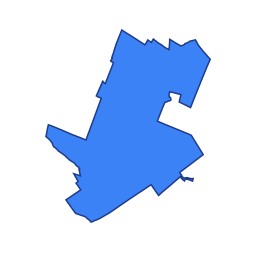 Lupsanu, Calarasi, Romania (Natural Earth projection), rotated 281°
{"feature_id": "2599482B13609226917732", "entity_name": "Lupsanu", "entity_type": "district", "adm_level": 2, "iso_a3": "ROU", "parent_name": "Romania", "parent_adm1": "Calarasi", "projection": "natural_earth1", "projection_center": [26.944, 44.379], "detail": "fine", "context": "isolated", "style": "filled", "palette": "blue", "viewbox_px": 256, "rotation_deg": 281, "n_neighbors": 0, "source": "geoboundaries", "source_scale": "gbopen_adm2", "svg_char_len": 3134}
<svg xmlns="http://www.w3.org/2000/svg" viewBox="0 0 256 256"><g transform="rotate(281 128 128)"><path d="M211.1,195.6L218.0,186.8L219.7,184.8L219.8,184.6L220.9,183.3L221.0,183.2L223.0,181.0L224.6,179.7L226.2,178.4L227.4,177.4L226.8,176.0L225.8,173.9L225.2,172.5L224.5,171.5L223.4,170.6L222.6,169.4L222.0,168.2L221.5,167.7L220.5,167.2L219.8,166.5L219.4,165.5L218.9,164.5L218.6,163.8L219.1,163.2L219.2,162.6L219.3,162.3L219.5,161.6L220.3,159.3L221.1,157.2L222.8,152.7L223.0,152.0L220.2,152.5L214.0,153.2L212.8,153.3L213.2,152.0L213.6,150.3L214.0,149.3L214.4,148.3L214.7,147.5L215.1,146.9L215.6,145.9L216.0,145.1L216.3,144.2L216.6,143.3L217.0,142.2L217.4,141.2L217.9,140.2L218.5,139.2L219.2,137.7L219.8,136.6L220.0,136.3L220.2,135.9L216.5,134.6L218.2,130.6L216.9,130.2L216.4,130.1L214.4,129.4L212.9,128.7L216.8,119.0L218.5,114.7L221.1,108.0L222.8,103.7L223.0,103.2L215.3,101.7L207.7,100.3L206.7,100.2L202.7,99.7L201.3,99.6L200.3,99.5L198.3,99.3L197.2,99.1L196.8,99.0L195.6,98.9L194.0,98.7L193.7,99.3L190.6,98.1L189.0,101.2L182.9,100.1L177.1,99.0L167.4,97.3L167.2,97.2L167.3,96.6L167.5,96.3L169.1,94.3L153.5,90.8L153.4,91.3L153.0,91.8L152.1,96.1L127.1,92.1L114.3,90.0L108.2,89.0L108.5,87.8L108.6,87.0L109.7,81.4L109.9,79.9L110.2,78.6L110.3,77.8L110.4,77.3L110.7,75.5L111.0,74.2L111.3,72.5L111.9,69.9L112.3,67.9L112.7,66.4L112.7,66.2L112.7,65.8L112.8,65.6L113.4,63.2L113.6,61.9L114.9,55.7L115.0,54.9L115.1,54.2L115.5,52.3L115.7,51.0L116.0,49.2L112.2,49.1L108.3,49.1L103.9,49.1L103.5,49.8L103.3,50.2L103.1,50.5L102.5,51.7L101.3,53.5L100.2,54.9L98.6,56.5L97.1,57.4L95.7,58.4L94.9,59.6L94.8,60.1L94.4,60.9L93.4,62.5L92.1,64.1L91.8,64.9L90.5,67.9L88.8,71.4L86.4,75.2L85.8,76.1L85.4,76.8L84.5,78.9L83.9,80.8L83.4,81.7L82.9,82.6L82.3,83.3L81.9,83.7L81.7,84.0L81.4,84.1L80.0,87.0L79.8,87.1L79.2,87.7L78.9,88.2L78.4,88.5L78.0,88.5L77.8,88.3L77.8,87.9L72.0,90.4L72.8,83.5L65.9,89.3L64.0,87.5L58.3,93.4L45.6,80.8L39.1,87.6L34.2,92.8L33.8,95.5L32.8,102.9L30.1,107.5L30.1,107.8L29.7,108.3L29.4,108.8L29.0,109.2L28.8,109.4L28.6,109.5L28.7,109.9L29.1,110.5L29.6,111.5L29.9,111.9L31.1,113.4L31.5,114.3L32.2,115.3L33.0,116.4L33.7,117.4L34.3,118.1L36.1,120.2L36.9,121.1L37.3,121.5L37.6,121.9L38.3,122.6L39.3,123.9L40.0,124.6L40.6,125.3L40.7,125.5L40.9,125.6L41.1,125.9L42.0,126.8L44.4,129.2L50.0,134.6L59.5,144.0L66.5,151.1L71.6,156.3L76.8,161.5L67.6,170.9L68.5,171.6L70.2,172.8L71.9,174.1L73.4,175.3L77.2,178.4L79.8,180.5L86.5,185.7L90.4,188.8L89.7,189.3L89.0,189.8L88.6,190.2L88.3,190.6L86.8,193.5L87.7,193.6L88.5,194.2L88.8,194.7L89.0,195.5L88.8,197.9L88.6,199.1L88.2,201.5L90.9,201.6L90.5,200.4L90.4,199.4L90.3,198.3L90.6,195.6L89.9,193.4L89.4,192.2L91.2,190.0L92.0,189.5L92.8,188.6L93.8,187.6L94.2,187.2L95.0,187.9L98.1,190.7L116.2,206.9L132.6,191.8L133.0,191.3L133.2,190.7L135.2,180.8L137.7,168.2L140.3,155.5L152.5,157.7L159.3,159.1L160.4,159.5L160.9,160.9L161.6,161.7L161.8,162.1L163.3,164.7L164.3,164.6L165.0,164.4L165.7,164.0L166.0,163.6L166.3,163.4L166.4,162.6L168.0,161.9L171.6,162.1L170.9,173.6L163.3,173.3L160.0,185.5L173.0,187.9L189.0,191.0L202.6,193.7L209.2,195.2L211.1,195.6Z" fill="#3b82f6" stroke="#1e3a8a" stroke-width="1.5"/></g></svg>